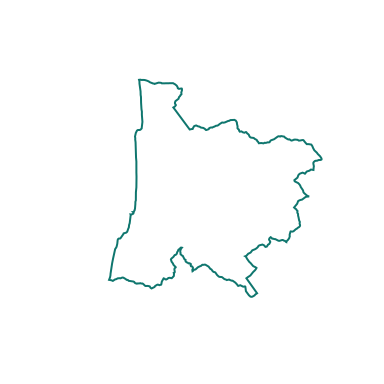 the district of Trujillo, La Libertad, Peru, rotated 48°
{"feature_id": "86281439B80561874516771", "entity_name": "Trujillo", "entity_type": "district", "adm_level": 2, "iso_a3": "PER", "parent_name": "Peru", "parent_adm1": "La Libertad", "projection": "albers", "projection_center": [-78.886, -8.084], "detail": "fine", "context": "isolated", "style": "outline", "palette": "teal", "viewbox_px": 384, "rotation_deg": 48, "n_neighbors": 0, "source": "geoboundaries", "source_scale": "gbopen_adm2", "svg_char_len": 6078}
<svg xmlns="http://www.w3.org/2000/svg" viewBox="0 0 384 384"><g transform="rotate(48 192 192)"><path d="M73.2,156.3L74.7,157.1L76.3,158.5L82.8,162.9L85.5,165.2L87.2,166.3L91.7,170.2L96.6,174.1L98.8,175.5L101.1,177.6L106.7,181.9L111.1,186.9L111.2,188.7L110.6,189.8L109.8,190.6L109.6,191.2L109.6,191.9L110.5,194.2L112.7,197.3L114.0,198.1L115.0,199.1L117.2,200.6L128.9,210.5L132.2,213.0L140.2,220.2L143.5,223.0L151.3,230.2L154.6,233.8L160.6,239.3L161.4,240.6L163.2,242.3L166.4,245.7L166.8,246.5L167.3,247.0L167.4,247.7L167.8,248.5L167.4,249.2L168.0,249.1L168.4,249.3L168.8,250.2L168.5,250.8L168.3,252.0L167.5,252.7L168.1,253.0L173.5,259.2L174.4,260.8L176.1,262.7L176.6,263.9L178.1,266.6L178.2,267.3L178.2,268.0L177.0,270.5L177.4,271.3L178.5,276.0L178.4,276.7L177.7,277.4L177.6,277.7L177.5,278.3L177.9,279.3L180.5,282.2L182.1,284.5L182.5,285.3L183.0,287.3L188.8,295.4L191.5,299.0L198.3,307.3L199.3,308.3L200.5,309.9L201.8,312.4L203.6,311.0L205.1,310.3L205.5,307.6L206.1,306.6L206.4,305.1L207.4,303.7L208.3,302.9L208.9,301.1L209.4,300.6L209.8,300.3L212.4,299.5L213.5,299.4L214.1,298.8L214.7,298.5L215.6,298.5L219.4,295.4L220.3,295.1L221.0,295.3L222.0,295.1L222.6,294.6L223.3,294.3L223.6,293.5L224.5,292.6L225.2,291.4L226.0,291.0L226.9,290.0L227.8,289.8L230.4,289.6L230.8,289.4L232.2,287.7L233.8,286.6L235.5,286.9L236.6,286.6L237.5,283.5L237.2,282.2L237.6,280.1L238.0,279.3L239.4,278.6L240.2,276.9L240.0,276.5L238.4,274.4L237.2,270.9L238.0,270.4L239.0,270.3L239.7,269.8L240.1,268.5L240.1,267.1L240.9,265.9L242.2,265.0L242.5,264.7L242.3,261.8L242.1,261.5L240.5,259.9L239.9,259.7L240.1,258.8L239.9,258.3L237.5,256.7L237.1,255.9L237.1,254.5L237.0,254.4L233.7,254.5L232.3,254.0L230.1,253.8L228.0,252.8L227.7,252.0L227.8,249.3L227.3,247.1L227.8,246.2L227.7,244.6L226.8,243.3L226.5,242.1L225.8,240.7L226.0,239.1L225.8,237.7L226.3,237.0L226.6,236.8L226.8,238.1L227.7,239.8L228.6,240.8L229.2,241.0L230.5,242.1L232.3,242.0L233.3,241.6L237.0,242.6L238.1,242.2L238.7,242.8L239.4,243.2L240.8,243.0L241.6,242.5L242.6,242.4L242.9,242.2L243.4,241.4L244.3,241.4L244.6,241.1L244.9,241.1L245.6,242.1L246.5,242.4L247.5,241.7L248.8,241.9L249.7,242.9L249.9,243.5L250.1,243.9L251.2,244.6L251.3,243.9L251.1,243.1L251.2,242.4L251.9,241.2L251.9,237.9L252.5,235.8L252.9,235.0L253.0,233.0L253.9,232.1L254.5,231.1L255.0,230.7L258.5,229.6L261.5,229.8L262.4,229.4L263.0,229.4L264.2,229.6L265.7,229.5L266.7,228.8L267.4,228.5L270.5,228.9L272.7,228.7L273.4,228.4L275.0,226.9L275.6,226.6L278.4,226.2L279.7,225.4L280.7,225.1L281.9,223.0L283.0,222.6L284.5,221.8L285.0,221.2L287.9,220.5L289.0,220.4L291.1,220.4L292.3,220.6L292.7,220.5L293.6,218.5L296.4,217.4L296.9,217.0L297.5,215.9L297.8,215.7L298.0,215.7L298.9,216.3L301.8,218.3L306.8,218.8L308.7,218.6L309.3,218.3L310.0,217.6L310.4,216.3L310.7,214.7L310.5,213.6L310.8,211.4L292.5,209.3L292.6,207.8L293.1,204.5L292.4,200.2L292.3,197.5L292.1,196.4L291.6,194.9L290.5,195.1L288.1,196.1L286.9,196.1L284.1,196.0L282.1,196.2L278.6,195.8L276.1,195.2L275.4,195.4L275.8,194.3L275.5,191.4L275.9,190.3L276.2,188.9L275.7,186.2L276.7,183.5L277.0,181.8L277.0,180.1L276.6,178.8L276.7,177.7L278.2,174.8L280.0,174.1L281.7,174.2L282.0,174.1L282.6,173.0L282.3,171.6L282.0,170.8L282.3,169.3L281.6,167.4L281.1,167.0L279.2,166.7L278.7,166.4L278.2,165.2L278.2,163.8L278.9,163.6L280.4,163.6L280.9,163.0L282.1,162.3L282.8,161.6L286.0,160.4L286.8,159.7L288.0,157.1L288.5,156.6L289.9,156.1L290.6,155.6L291.2,155.5L291.8,155.6L292.3,155.4L292.0,155.1L291.9,154.6L291.8,152.8L291.4,150.8L290.3,148.9L289.6,148.5L288.9,147.8L287.4,145.4L287.3,145.1L288.7,143.8L289.1,142.8L289.1,139.8L289.4,138.7L289.4,137.2L289.7,136.0L289.6,134.8L289.3,134.2L288.5,133.6L287.6,133.3L286.4,131.9L284.8,131.4L282.0,129.7L280.6,129.0L279.3,127.9L277.9,127.6L276.7,126.3L275.9,126.4L274.6,126.1L273.3,126.4L271.8,126.5L271.1,121.7L269.8,119.3L269.9,118.5L270.4,116.9L271.3,115.3L271.7,111.0L272.2,109.9L273.7,107.9L272.7,108.5L271.3,109.0L267.7,109.4L266.7,109.3L265.1,108.4L260.9,107.8L260.0,107.4L258.6,107.1L256.5,107.1L253.2,108.4L252.7,108.5L251.7,108.0L251.9,104.0L250.7,101.8L250.5,100.6L250.6,99.4L251.6,96.9L252.8,96.2L253.7,96.0L254.0,95.8L253.6,93.3L253.6,92.9L254.8,90.3L254.8,89.1L254.9,88.6L256.9,87.0L255.3,85.3L254.4,84.2L252.2,82.9L251.4,82.1L251.2,81.4L251.2,80.0L251.7,78.9L252.4,78.2L253.1,76.2L253.9,75.5L254.4,74.6L254.5,74.0L254.3,73.7L253.6,73.3L251.2,72.9L247.8,73.1L246.4,72.9L242.9,73.2L240.4,72.6L238.5,71.9L236.6,71.6L234.7,73.1L233.2,74.7L230.9,74.7L228.1,74.5L227.7,74.7L227.2,75.3L226.2,77.0L225.3,78.2L223.9,78.6L221.8,80.5L221.6,81.1L221.1,81.7L221.0,82.5L220.4,83.6L219.6,84.0L218.1,84.3L217.4,85.3L215.8,85.9L213.5,86.5L212.6,86.4L210.0,88.4L209.8,89.4L208.7,90.1L208.2,91.1L207.7,95.7L206.5,98.6L206.4,99.4L206.9,101.1L206.4,101.9L205.8,102.4L204.9,104.3L204.0,105.1L203.7,106.3L202.0,107.7L200.5,109.7L199.0,109.3L198.1,109.5L197.5,109.2L196.5,109.1L194.6,109.8L193.1,110.0L191.0,111.8L190.0,112.1L189.3,112.1L187.5,111.5L186.7,111.5L185.3,111.8L183.9,111.6L183.5,111.9L183.0,113.4L181.6,114.3L180.7,114.5L179.9,114.8L179.2,116.1L178.1,116.0L176.9,115.4L175.8,115.6L175.0,115.5L173.7,114.2L171.3,112.9L170.6,112.3L169.9,112.0L168.2,111.7L166.8,112.2L164.3,115.3L163.9,116.9L163.4,117.6L162.3,121.0L161.5,122.3L160.5,123.1L160.0,125.9L159.9,127.9L159.6,128.8L158.8,129.9L158.4,131.7L158.0,132.4L157.7,133.8L157.0,134.4L156.5,135.2L156.1,136.5L156.4,137.2L156.4,137.8L155.5,139.9L155.1,140.2L153.7,140.2L152.0,140.7L150.0,142.3L148.4,142.7L147.4,143.5L145.3,144.4L144.5,146.2L144.9,147.8L145.6,149.4L145.2,149.8L144.0,151.9L116.7,149.3L117.0,147.8L116.9,146.8L116.6,145.8L114.9,145.5L114.0,144.7L113.4,143.4L113.7,139.6L112.8,138.2L112.7,136.6L112.3,135.8L112.4,134.9L112.3,134.4L110.9,133.4L109.7,131.4L108.8,130.6L108.3,130.4L108.0,130.6L106.6,132.7L106.2,132.9L105.4,133.1L104.9,132.7L102.8,132.2L100.7,132.5L98.4,133.3L91.1,141.7L90.7,141.7L90.0,142.1L88.4,143.6L86.6,147.5L86.1,147.6L85.4,148.3L84.7,148.6L83.8,149.1L81.9,150.0L81.3,150.0L80.3,150.4L78.9,151.1L77.3,152.1L76.6,152.7L74.8,154.7L73.9,155.3L73.2,156.3Z" fill="none" stroke="#0f766e" stroke-width="2"/></g></svg>